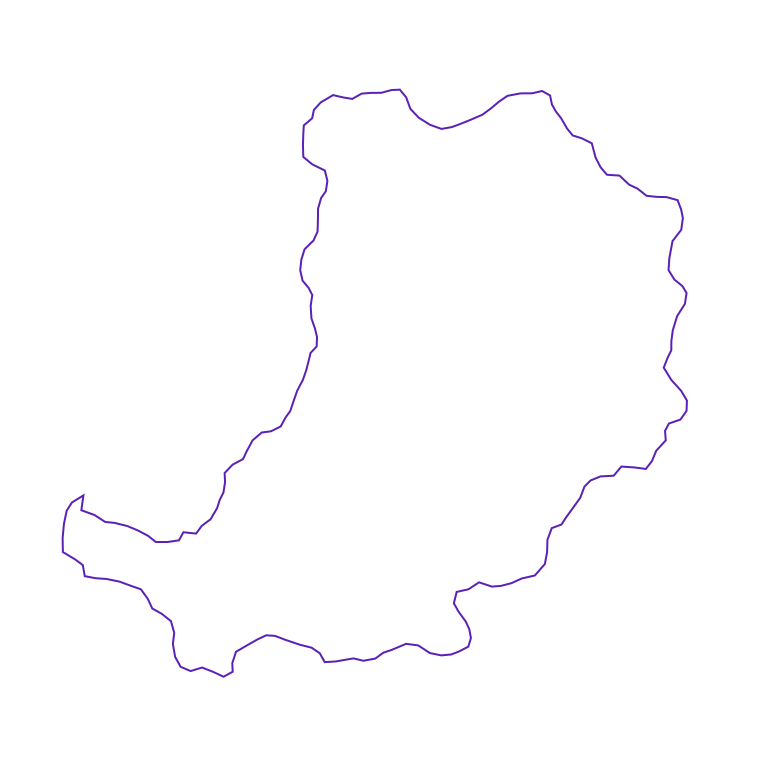 Santo Antônio do Itambé, Minas Gerais, Brazil (Albers equal-area conic projection), rotated 96°
{"feature_id": "56859067B65997066860762", "entity_name": "Santo Antônio do Itambé", "entity_type": "district", "adm_level": 2, "iso_a3": "BRA", "parent_name": "Brazil", "parent_adm1": "Minas Gerais", "projection": "albers", "projection_center": [-43.26, -18.494], "detail": "fine", "context": "isolated", "style": "outline", "palette": "violet", "viewbox_px": 768, "rotation_deg": 96, "n_neighbors": 0, "source": "geoboundaries", "source_scale": "gbopen_adm2", "svg_char_len": 2646}
<svg xmlns="http://www.w3.org/2000/svg" viewBox="0 0 768 768"><g transform="rotate(96 384 384)"><path d="M647.6,348.5L640.1,334.9L640.4,322.6L646.8,310.2L647.9,298.7L646.0,289.0L642.2,281.5L636.4,272.7L627.6,271.0L619.1,273.5L611.9,277.7L602.8,285.9L594.8,291.6L583.2,290.0L579.3,278.5L571.3,268.7L574.2,255.5L572.6,246.7L568.8,236.5L563.0,226.7L558.7,214.0L546.2,205.2L534.1,204.2L522.0,205.2L509.8,202.1L505.2,192.8L498.0,189.2L489.2,184.1L476.8,177.0L465.1,173.9L458.4,168.6L453.3,159.1L451.2,146.0L441.3,139.3L440.8,126.1L441.1,114.7L432.5,109.4L421.9,106.3L410.6,97.9L401.3,99.6L393.5,96.5L388.4,85.5L379.1,80.3L368.8,81.0L359.8,87.7L349.9,98.7L338.5,107.5L328.0,104.6L320.5,101.8L311.4,102.7L300.4,102.4L285.9,99.6L272.8,93.1L261.9,92.6L255.5,97.4L249.7,106.2L241.0,112.9L229.6,113.4L211.7,112.0L199.6,104.5L187.8,104.1L179.5,106.7L170.5,111.2L168.6,122.5L169.4,132.3L169.4,142.5L163.2,152.3L160.1,161.1L152.1,171.6L152.6,184.1L145.9,191.2L136.8,197.2L122.9,202.5L118.9,213.2L117.1,222.3L110.7,228.7L101.2,235.6L95.2,241.4L88.5,246.2L79.7,249.0L76.1,257.4L79.4,267.1L80.7,278.6L84.5,291.3L91.2,299.2L98.2,305.9L105.9,314.3L112.1,325.3L117.5,335.5L121.4,343.4L124.3,353.5L121.4,365.4L115.5,377.3L107.5,386.6L96.6,391.9L89.6,399.0L90.9,407.4L94.7,417.2L95.8,427.2L97.5,436.5L103.8,445.4L103.3,454.2L102.0,464.8L110.5,476.3L118.8,482.4L127.2,483.2L135.2,490.8L143.6,490.4L154.6,489.6L166.6,488.0L173.0,478.4L177.9,465.1L188.0,461.5L198.4,462.0L205.6,466.0L216.5,467.9L228.6,466.8L239.4,466.0L248.6,469.1L258.3,477.1L269.0,479.2L279.6,479.2L289.7,475.8L296.3,469.0L303.1,464.6L314.0,465.1L326.4,463.0L336.2,458.4L344.4,455.5L353.7,454.9L360.8,460.3L370.0,461.5L378.5,462.8L388.4,465.1L399.7,469.6L410.3,472.1L420.7,474.4L427.4,478.3L437.0,482.3L442.9,491.6L445.0,500.5L453.8,508.8L465.4,513.6L473.4,516.3L480.0,526.1L489.2,533.2L498.1,531.8L508.6,532.3L516.6,535.3L524.9,537.0L536.6,542.3L544.1,550.4L552.4,555.2L552.4,568.0L560.9,571.6L563.8,582.9L565.0,594.4L559.6,602.9L555.4,613.4L552.1,624.4L550.3,637.3L550.3,646.9L544.6,658.1L541.2,671.8L526.2,671.3L534.5,682.0L543.1,686.3L556.6,687.7L570.8,687.5L584.7,685.8L590.9,672.5L595.6,664.6L606.4,661.5L607.3,650.5L606.9,639.5L608.2,626.3L611.4,613.6L613.6,604.3L622.4,596.4L631.5,591.0L635.7,581.2L642.1,571.1L653.4,566.6L664.6,566.8L677.2,563.2L686.5,556.7L689.7,546.3L685.0,535.3L688.1,524.0L691.9,513.0L686.0,504.4L677.5,505.7L665.8,503.2L658.3,493.0L651.3,483.2L646.2,474.8L645.9,466.0L648.7,455.5L652.1,440.4L653.8,428.5L658.5,419.7L666.8,413.9L665.0,403.1L662.3,393.6L660.1,385.7L661.4,375.5L658.0,364.0L651.3,356.6L647.6,348.5Z" fill="none" stroke="#5b21b6" stroke-width="2"/></g></svg>